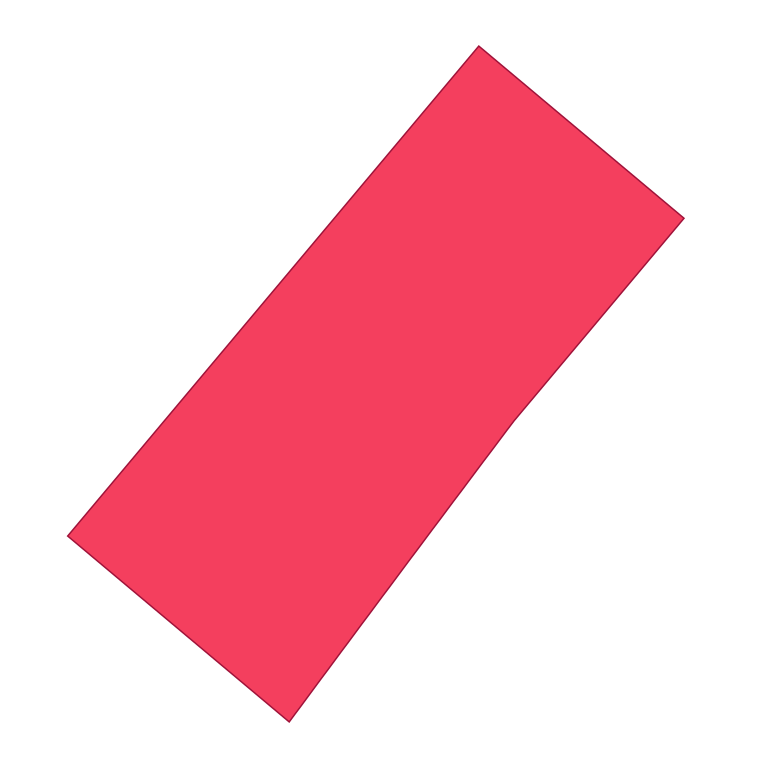 an SVG outline of Saskatchewan, rotated 40°
{"feature_id": "CAN-631", "entity_name": "Saskatchewan", "entity_type": "Province", "adm_level": 1, "iso_a3": "CAN", "parent_name": "Canada", "parent_adm1": "", "projection": "mercator", "projection_center": [-105.491, 54.496], "detail": "fine", "context": "isolated", "style": "filled", "palette": "rose", "viewbox_px": 768, "rotation_deg": 40, "n_neighbors": 0, "source": "natural_earth", "source_scale": "10m", "svg_char_len": 1768}
<svg xmlns="http://www.w3.org/2000/svg" viewBox="0 0 768 768"><g transform="rotate(40 384 384)"><path d="M438.7,703.8L434.0,703.8L426.6,703.8L419.3,703.8L411.9,703.8L404.9,703.8L397.2,703.8L389.8,703.8L382.5,703.8L375.1,703.8L367.7,703.8L360.4,703.8L353.0,703.8L345.7,703.8L338.3,703.8L330.9,703.8L323.6,703.8L316.2,703.8L308.9,703.8L301.5,703.8L294.1,703.8L286.8,703.8L279.4,703.8L272.1,703.8L264.7,703.8L257.3,703.8L250.0,703.8L242.6,703.8L239.4,703.8L239.4,703.4L239.4,685.8L239.4,668.1L239.4,650.2L239.4,632.2L239.4,614.1L239.4,595.9L239.4,577.5L239.4,559.0L239.4,540.3L239.4,521.5L239.4,502.5L239.4,483.4L239.4,464.2L239.4,444.7L239.4,425.2L239.4,405.4L239.4,385.5L239.4,365.4L239.4,345.2L239.4,324.8L239.4,304.2L239.4,283.4L239.4,262.4L239.4,241.2L239.4,219.8L239.4,198.2L239.4,176.4L239.4,154.4L239.4,132.2L239.4,109.8L239.4,87.1L239.4,64.2L256.1,64.2L272.9,64.2L289.6,64.2L306.4,64.2L323.1,64.2L339.8,64.2L356.6,64.2L373.3,64.2L390.1,64.2L406.8,64.2L423.6,64.2L440.3,64.2L457.0,64.2L473.8,64.2L490.5,64.2L507.3,64.2L507.3,71.8L507.3,79.4L507.3,86.9L507.3,94.4L507.3,131.6L507.3,168.2L507.3,204.2L507.3,239.7L507.3,262.1L507.3,284.4L507.3,306.4L507.3,328.3L507.9,341.0L508.6,353.7L509.3,366.3L509.9,378.8L510.6,391.3L511.3,403.7L512.0,416.0L512.6,428.3L513.3,440.5L514.0,452.6L514.6,464.7L515.3,476.7L516.0,488.7L516.6,500.6L517.3,512.4L518.0,524.2L518.7,535.9L519.3,547.6L520.0,559.2L520.7,570.8L521.3,582.3L522.0,593.7L522.7,605.1L523.3,616.5L524.0,627.8L524.7,639.0L525.3,650.2L526.0,661.4L526.7,672.5L527.4,683.5L528.0,694.5L528.6,703.8L522.3,703.8L515.0,703.8L507.6,703.8L500.2,703.8L492.9,703.8L485.5,703.8L478.2,703.8L470.8,703.8L463.4,703.8L456.1,703.8L448.7,703.8L441.4,703.8L438.7,703.8Z" fill="#f43f5e" stroke="#9f1239" stroke-width="1.5"/></g></svg>